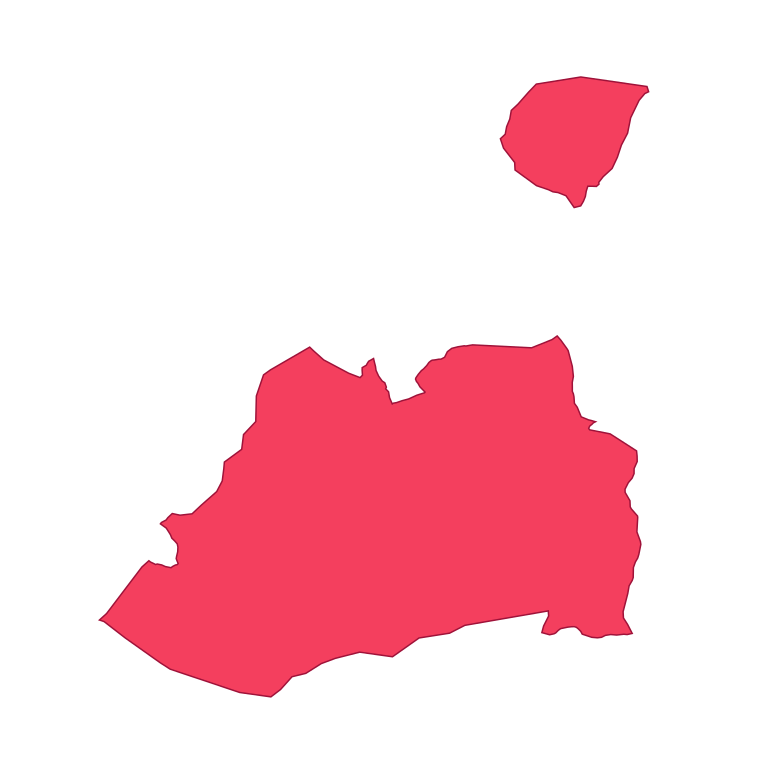 Ideato South, Imo, Nigeria (Robinson projection), rotated 94°
{"feature_id": "59680162B23369049466603", "entity_name": "Ideato South", "entity_type": "district", "adm_level": 2, "iso_a3": "NGA", "parent_name": "Nigeria", "parent_adm1": "Imo", "projection": "robinson", "projection_center": [7.136, 5.792], "detail": "fine", "context": "isolated", "style": "filled", "palette": "rose", "viewbox_px": 768, "rotation_deg": 94, "n_neighbors": 0, "source": "geoboundaries", "source_scale": "gbopen_adm2", "svg_char_len": 2994}
<svg xmlns="http://www.w3.org/2000/svg" viewBox="0 0 768 768"><g transform="rotate(94 384 384)"><path d="M532.4,590.3L534.9,591.9L536.0,593.7L537.7,596.4L539.1,597.3L541.1,594.1L542.9,591.2L546.9,588.2L549.3,586.5L552.6,584.9L555.2,581.8L557.9,579.1L561.1,578.2L565.8,578.1L570.6,578.9L572.7,579.1L574.9,578.1L577.5,576.8L578.7,577.8L579.1,579.4L580.8,582.2L582.1,583.6L581.4,589.3L580.0,593.1L579.4,597.6L580.0,599.4L579.2,601.1L577.9,604.5L576.7,606.2L583.4,612.7L632.3,644.7L639.3,651.4L640.5,646.7L655.4,624.4L677.8,587.6L683.4,577.4L701.8,506.4L704.0,475.0L696.0,465.9L682.4,455.3L678.1,441.8L667.3,427.1L661.1,413.5L653.2,389.6L655.5,356.5L634.9,331.3L628.0,301.2L619.1,286.5L598.9,204.3L604.0,203.6L614.3,207.9L621.0,209.2L622.6,201.3L621.3,196.9L620.3,195.3L617.5,192.9L615.7,190.7L613.7,183.6L613.0,179.6L612.8,177.2L613.3,175.1L614.7,173.1L617.0,170.5L619.7,168.8L620.5,165.7L622.2,159.1L622.3,153.4L621.5,149.3L619.3,145.6L618.1,140.3L618.2,134.4L616.9,127.3L617.0,124.0L615.5,119.0L606.9,124.2L600.7,128.8L594.5,129.6L576.0,126.2L568.2,125.4L562.7,122.7L559.7,121.9L549.7,122.4L544.0,120.8L540.0,118.8L536.2,117.9L526.1,116.6L523.3,117.2L513.9,121.4L499.3,121.6L498.0,121.9L491.3,128.6L489.4,129.8L483.3,130.5L475.3,135.9L472.1,136.2L465.4,133.4L460.6,129.9L456.0,128.3L450.9,128.6L443.7,126.0L438.2,126.5L433.1,127.4L418.0,154.9L415.4,175.6L414.1,176.7L412.7,176.3L411.2,175.5L410.0,174.0L408.1,172.4L406.9,170.4L405.9,174.9L405.5,177.5L403.0,185.0L393.7,189.6L390.0,192.7L383.5,193.6L380.6,194.4L378.2,195.6L374.0,195.9L369.3,196.3L363.2,195.6L353.2,197.4L337.9,202.6L335.8,204.1L327.9,210.7L324.0,214.6L328.0,219.5L337.6,239.3L338.8,298.3L339.5,301.4L340.4,304.9L340.3,306.6L341.7,312.8L343.7,318.9L347.3,323.0L353.1,325.4L355.2,328.8L355.5,331.3L356.4,334.9L356.9,337.7L357.7,338.9L359.4,340.7L362.7,342.7L364.0,343.8L366.2,345.6L368.1,347.7L372.0,350.5L375.6,352.6L376.9,352.9L379.2,351.8L380.9,350.2L384.4,347.9L386.8,345.2L389.2,342.5L389.9,342.9L392.9,350.5L397.2,358.4L399.4,364.8L401.7,370.2L402.5,373.4L403.3,374.4L397.3,377.5L391.5,378.9L388.7,382.0L387.0,381.4L382.7,383.3L381.2,386.0L376.5,389.9L371.0,392.9L367.1,393.7L363.5,394.9L359.3,396.2L362.4,400.9L365.0,402.3L366.5,402.9L369.2,406.9L371.7,406.8L376.7,406.1L379.3,408.3L375.7,420.0L364.2,445.8L355.9,456.5L352.4,460.7L377.8,498.2L383.3,504.8L404.9,510.5L430.4,509.3L444.2,520.6L459.1,521.4L473.0,537.8L479.5,537.9L492.0,538.6L503.0,543.4L517.4,557.6L526.9,566.4L529.1,578.3L528.0,586.2L532.4,590.3ZM74.0,140.4L68.9,142.4L64.0,209.1L74.2,253.0L82.7,260.1L95.4,269.8L102.2,276.1L110.9,277.0L118.7,279.6L126.4,280.5L131.2,285.0L140.4,281.2L153.9,269.1L161.4,268.2L175.5,245.7L178.7,233.5L180.5,228.9L180.9,223.7L183.5,215.6L194.7,206.6L192.6,200.2L187.8,197.8L182.9,196.2L177.6,195.7L172.5,194.5L172.2,189.8L172.1,185.9L169.7,183.5L167.8,183.8L161.9,179.8L153.1,171.5L141.5,167.0L129.0,163.8L116.8,158.5L101.2,156.5L83.2,149.3L76.1,144.1L74.0,140.4Z" fill="#f43f5e" stroke="#9f1239" stroke-width="1.5"/></g></svg>